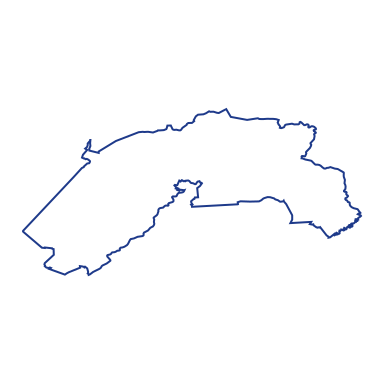 Indrānu pag., Madona, Latvia (Natural Earth projection)
{"feature_id": "27541924B85943558594873", "entity_name": "Indrānu pag.", "entity_type": "district", "adm_level": 2, "iso_a3": "LVA", "parent_name": "Latvia", "parent_adm1": "Madona", "projection": "natural_earth1", "projection_center": [26.773, 56.896], "detail": "fine", "context": "isolated", "style": "outline", "palette": "blue", "viewbox_px": 384, "rotation_deg": 0, "n_neighbors": 0, "source": "geoboundaries", "source_scale": "gbopen_adm2", "svg_char_len": 6019}
<svg xmlns="http://www.w3.org/2000/svg" viewBox="0 0 384 384"><path d="M101.0,267.5L101.7,266.2L102.5,265.5L106.7,263.5L110.3,260.8L110.4,260.3L110.0,259.6L107.5,256.8L107.1,255.9L107.5,255.1L110.3,254.4L110.9,254.0L111.7,252.8L112.2,252.4L114.4,252.2L115.6,251.8L117.3,250.7L118.9,250.6L119.7,250.3L119.9,249.9L119.8,248.5L120.6,247.7L122.6,247.4L124.5,246.7L127.0,245.1L128.0,243.9L129.9,240.1L130.7,239.1L134.0,238.4L137.6,236.8L142.3,236.1L143.2,235.7L143.5,235.4L143.6,234.8L143.5,233.6L144.0,232.6L148.0,230.5L150.3,227.8L153.0,226.4L154.0,224.9L154.3,223.8L153.9,221.9L154.2,219.6L153.6,217.9L154.0,217.3L156.8,215.2L157.6,214.0L157.9,212.8L158.4,211.5L158.3,210.7L158.5,209.5L159.1,208.7L160.1,208.1L163.1,207.6L164.5,206.2L165.3,205.7L166.1,205.5L167.7,205.7L168.2,205.6L168.5,205.2L168.2,204.0L168.9,203.1L172.6,202.0L173.4,201.3L173.5,200.3L173.4,199.5L172.1,197.4L172.2,196.9L172.9,196.4L175.0,196.5L176.4,196.2L176.8,195.6L177.4,194.2L178.6,192.9L181.8,192.5L182.9,192.2L183.8,191.5L184.2,190.8L184.5,190.1L184.2,190.2L180.2,189.7L180.0,189.9L178.9,189.6L178.8,189.8L179.1,190.0L179.0,190.6L177.9,190.2L178.1,190.0L177.4,189.8L178.3,188.5L177.2,188.0L176.7,188.8L175.8,188.5L176.2,187.9L176.3,187.6L174.4,185.4L174.9,184.9L176.4,185.2L177.3,185.1L179.3,180.6L180.6,181.5L181.6,180.3L182.1,180.6L182.3,180.4L183.9,181.3L185.1,180.8L185.4,181.2L186.5,180.6L188.3,180.5L189.4,181.1L190.7,182.7L191.3,183.0L192.9,183.2L195.1,184.2L195.9,184.0L196.9,182.4L197.7,181.6L199.5,181.2L200.2,182.5L201.4,182.8L201.2,183.4L201.7,183.6L200.0,186.0L197.2,188.1L198.1,197.3L194.8,197.5L194.4,198.9L193.6,199.0L191.1,201.3L191.3,202.7L192.4,204.3L191.2,204.7L191.9,205.6L192.0,206.8L237.8,204.3L238.0,204.2L237.7,202.2L240.5,201.3L250.0,201.6L259.0,201.4L261.4,200.2L263.1,198.7L264.3,198.1L267.5,197.1L270.1,197.2L274.1,198.4L275.3,199.4L277.9,200.2L279.9,201.6L280.5,201.7L282.4,201.5L283.3,201.2L283.7,200.7L284.0,201.6L286.2,204.1L292.0,214.9L292.2,215.5L292.2,219.6L290.4,223.1L311.2,221.9L309.8,224.1L312.2,224.6L313.3,224.3L313.7,225.4L316.2,227.2L316.9,227.3L317.1,227.6L317.8,227.7L318.7,227.3L319.7,227.3L319.9,227.5L320.2,227.2L326.6,235.4L328.6,236.8L328.5,237.7L330.2,237.3L334.5,233.8L334.8,234.3L334.1,235.0L334.2,235.3L334.5,235.4L335.2,234.8L336.0,234.7L336.1,233.0L336.4,232.7L337.3,233.2L337.4,233.7L337.0,234.2L337.1,234.5L337.7,234.4L338.7,233.7L339.3,233.7L339.7,233.1L339.3,231.5L340.3,231.0L340.3,230.7L340.0,230.4L341.5,229.9L341.5,229.6L342.9,230.2L343.1,230.0L343.1,229.5L343.6,229.4L343.9,229.7L343.5,230.1L343.7,230.4L344.1,230.3L344.6,229.9L344.8,229.6L344.1,228.5L344.1,228.0L344.2,227.8L344.7,227.9L345.0,228.7L345.5,229.3L345.9,229.4L346.4,229.2L347.2,227.1L347.6,226.7L348.0,226.7L349.4,227.6L350.0,227.6L350.2,227.0L349.3,226.2L348.9,225.6L348.9,225.3L349.3,225.0L350.2,225.0L351.1,226.6L351.5,226.8L351.9,226.7L352.5,226.0L352.3,225.3L352.4,224.6L351.1,224.2L351.1,223.9L351.4,223.6L353.8,223.3L354.6,222.7L355.3,221.7L356.0,221.9L356.2,221.5L355.2,221.1L355.2,220.7L357.3,221.0L357.5,220.8L357.4,220.4L355.8,219.6L355.7,219.2L356.1,219.1L358.2,219.4L358.1,218.2L358.3,217.9L360.2,216.7L361.0,215.9L360.6,215.3L358.8,214.7L357.8,214.2L358.5,213.6L359.8,213.4L360.4,212.9L358.9,211.1L357.8,209.4L357.3,209.1L353.7,208.2L351.7,207.2L350.5,206.1L349.8,204.9L349.6,202.6L349.2,202.3L347.9,202.0L347.2,200.6L345.8,199.9L345.3,199.2L345.4,198.3L347.0,197.4L348.0,196.1L347.8,195.6L346.9,195.0L346.3,194.3L346.2,193.9L346.6,192.5L346.4,192.1L345.8,191.8L344.7,191.8L344.0,191.3L344.0,190.8L345.4,188.9L345.6,186.5L345.3,185.0L344.5,183.3L344.9,179.9L343.8,176.8L343.7,175.4L343.8,172.8L343.6,172.4L337.7,169.0L334.8,168.6L330.4,167.1L328.3,167.8L326.8,167.9L325.7,168.5L324.1,168.5L322.4,167.3L320.8,165.8L319.4,165.0L318.0,164.7L315.8,164.7L314.9,164.3L311.5,160.9L310.7,160.6L305.3,159.5L302.5,158.4L301.6,158.3L301.8,157.6L301.6,156.5L301.9,156.1L302.9,156.0L304.6,156.4L305.2,156.1L306.3,153.6L306.0,152.3L306.2,151.8L309.9,148.0L310.8,146.3L311.1,145.5L311.2,144.6L310.5,143.7L310.5,143.1L314.0,139.3L314.6,136.0L314.1,134.3L314.3,133.9L315.6,133.1L315.8,132.7L315.6,132.3L313.9,131.1L313.7,130.3L314.1,129.9L315.6,129.5L316.0,129.0L315.7,128.2L314.3,126.9L313.1,126.4L311.9,126.2L311.2,126.4L309.7,127.4L308.8,127.5L308.4,127.3L308.3,126.8L308.7,125.3L308.0,124.5L307.0,124.3L305.1,125.1L304.1,125.1L301.4,122.5L300.4,121.9L299.7,122.2L299.4,123.7L298.5,124.3L294.2,124.4L292.0,123.7L286.0,124.6L284.9,125.3L284.2,126.9L283.8,127.3L281.5,128.1L280.3,128.0L279.9,127.8L280.2,127.2L280.2,126.6L279.6,125.6L278.5,124.4L278.2,123.4L277.7,122.6L278.7,120.0L276.2,119.2L273.4,118.9L267.1,118.8L262.9,119.1L259.2,119.0L258.5,118.5L257.7,118.3L247.1,119.9L230.8,116.9L226.2,109.1L218.8,113.0L217.0,112.8L213.5,111.7L210.3,111.8L209.1,111.3L205.9,113.3L203.4,114.3L198.0,114.7L195.8,116.4L193.7,120.2L194.2,121.1L192.0,122.9L188.3,123.0L186.9,124.0L186.6,124.9L182.5,127.8L181.0,129.9L180.1,130.4L178.8,130.3L176.4,129.7L174.2,129.9L173.4,129.7L172.6,129.3L170.8,125.5L167.4,125.6L166.6,128.6L166.3,129.1L163.9,130.1L159.9,130.4L157.9,130.4L157.6,130.8L153.0,132.5L148.1,131.8L144.0,132.0L142.9,131.8L138.7,132.2L115.9,141.0L98.7,151.5L98.7,152.9L89.4,150.6L89.3,148.7L90.4,146.0L90.1,143.2L90.4,140.0L90.2,140.0L90.0,141.5L89.5,141.4L87.7,143.5L87.7,145.1L87.2,146.6L86.8,147.2L85.2,148.6L87.2,149.9L83.0,154.7L82.0,157.6L83.9,158.5L84.4,158.4L85.5,159.2L86.8,158.9L88.4,159.7L89.8,160.9L90.0,161.3L89.8,162.2L89.2,163.2L87.2,163.5L83.9,166.5L83.9,166.9L83.6,167.2L81.9,168.0L73.5,177.2L23.2,230.7L23.0,231.1L23.1,231.6L23.6,232.1L41.9,247.7L44.9,248.0L45.0,247.5L52.1,248.3L52.3,248.8L53.6,249.1L53.8,254.8L44.8,263.1L44.4,264.4L45.1,265.7L44.8,266.2L46.4,267.6L48.9,268.0L49.9,267.5L50.8,267.9L49.3,269.0L64.9,274.6L67.0,273.2L68.9,272.2L80.1,267.7L79.9,266.1L82.2,266.4L83.4,266.8L84.0,266.7L84.4,267.4L85.2,266.8L87.2,268.4L88.1,271.6L88.1,272.7L87.7,273.5L88.6,274.1L88.7,274.9L89.9,274.4L93.2,271.9L99.3,268.9L100.5,268.1L101.0,267.5Z" fill="none" stroke="#1e3a8a" stroke-width="2"/></svg>